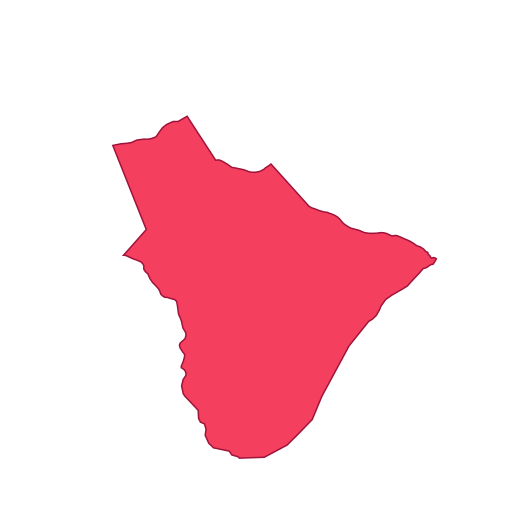 Pierrot, Vieux Fort, Saint Lucia, rotated 325°
{"feature_id": "8701671B71571062507422", "entity_name": "Pierrot", "entity_type": "district", "adm_level": 2, "iso_a3": "LCA", "parent_name": "Saint Lucia", "parent_adm1": "Vieux Fort", "projection": "albers", "projection_center": [-60.942, 13.77], "detail": "fine", "context": "isolated", "style": "filled", "palette": "rose", "viewbox_px": 512, "rotation_deg": 325, "n_neighbors": 0, "source": "geoboundaries", "source_scale": "gbopen_adm2", "svg_char_len": 3613}
<svg xmlns="http://www.w3.org/2000/svg" viewBox="0 0 512 512"><g transform="rotate(325 256 256)"><path d="M202.1,83.3L181.3,171.4L147.9,179.4L148.7,180.0L149.9,181.3L152.4,185.7L154.2,188.6L155.7,190.5L158.5,195.1L158.8,197.9L158.5,199.7L156.6,202.3L156.4,204.2L156.4,205.4L157.2,208.8L156.6,211.1L156.1,214.3L156.1,218.6L156.7,222.0L157.3,226.9L157.0,229.5L156.1,232.8L156.6,235.2L157.5,237.4L159.6,239.1L162.9,243.4L164.3,244.7L164.9,247.8L162.9,252.1L159.8,258.0L158.9,260.3L158.7,262.1L157.6,266.6L154.9,272.9L154.4,278.8L153.0,281.0L150.3,283.1L144.1,283.8L142.1,285.1L141.1,287.9L140.9,292.7L141.1,295.7L139.3,297.9L135.8,300.7L132.8,302.6L131.1,303.9L130.8,304.8L131.9,307.6L132.0,310.0L130.8,313.0L129.3,313.9L125.4,315.4L120.5,319.8L117.4,327.1L117.3,330.0L118.5,337.7L118.5,338.0L119.5,344.5L120.1,349.3L115.8,356.1L115.2,360.2L117.5,363.9L115.8,369.1L111.5,373.8L109.9,382.4L111.2,388.8L122.1,400.4L122.1,405.2L126.1,410.0L126.4,412.0L147.3,425.6L173.1,428.7L188.7,426.0L208.2,422.2L229.7,408.6L280.7,383.0L310.8,374.2L315.1,374.5L320.1,373.8L326.0,371.1L329.7,368.7L337.3,366.0L345.2,366.0L356.2,367.0L362.8,367.4L367.4,366.3L375.4,364.6L380.3,363.6L385.6,362.2L388.9,363.3L394.2,363.3L396.2,364.3L398.9,363.3L402.1,361.8L401.9,361.2L401.6,360.7L401.4,360.0L401.0,359.5L400.3,359.0L399.6,358.8L398.8,358.5L398.4,358.0L398.3,357.4L398.4,357.0L398.5,356.4L398.5,355.4L398.3,354.5L398.2,354.1L398.2,353.2L398.4,352.4L398.7,352.0L398.7,351.4L398.4,350.9L397.8,350.1L397.6,349.5L397.5,348.6L397.5,348.1L397.4,347.2L397.2,346.3L397.0,345.7L396.5,344.5L395.9,343.1L395.6,342.4L394.7,341.3L394.2,340.7L393.8,340.1L393.1,338.5L392.5,336.8L392.0,335.3L391.4,334.0L390.6,332.2L390.0,331.2L389.5,330.3L388.6,328.9L388.0,328.0L387.6,327.3L386.8,326.0L386.1,324.8L385.7,324.1L384.9,322.9L384.1,321.6L383.6,320.8L382.8,319.9L382.0,319.1L381.1,318.7L379.9,318.2L378.7,317.4L378.0,316.1L377.6,315.3L377.0,314.5L376.3,313.1L375.7,312.2L375.3,311.9L374.7,311.1L374.1,310.4L373.5,309.9L372.9,309.4L371.9,308.6L370.8,308.0L369.3,307.2L368.0,306.6L366.9,305.8L365.9,305.2L365.0,304.7L364.0,303.9L362.8,303.1L362.0,302.5L361.0,301.7L360.1,300.8L359.1,299.9L358.4,299.2L357.8,298.4L357.5,297.9L356.8,296.7L356.3,296.1L355.8,295.1L355.4,294.5L354.6,293.4L354.3,293.0L353.5,292.1L352.9,291.4L351.9,290.2L351.3,289.5L350.2,288.2L349.6,287.4L349.1,286.5L348.7,285.8L348.4,284.9L348.0,284.1L347.7,283.4L347.1,281.9L346.9,281.2L346.6,280.5L346.3,279.4L346.2,278.8L346.1,277.5L346.0,276.6L345.9,275.9L345.9,274.6L345.8,274.0L345.6,273.1L345.4,271.8L345.2,271.2L345.0,270.6L344.6,269.6L343.9,268.0L343.6,267.4L343.0,266.4L342.5,265.7L341.9,264.8L341.1,263.7L340.5,262.9L339.8,261.8L339.0,260.6L337.3,259.3L336.6,258.4L335.9,257.6L335.3,256.9L334.6,256.0L333.7,254.8L332.8,253.5L331.7,251.8L330.6,250.2L329.8,249.3L329.2,248.3L328.5,246.9L327.8,245.3L327.4,244.1L327.8,244.5L321.0,189.2L320.1,189.3L318.6,189.4L317.3,189.3L315.5,189.3L314.3,189.2L312.5,189.5L311.1,189.3L309.3,189.2L307.9,188.9L306.8,188.5L305.9,188.1L304.5,187.5L303.8,187.2L302.8,186.5L302.2,186.1L301.3,185.5L300.4,184.7L299.4,183.9L298.3,182.5L297.5,181.3L296.8,180.2L295.9,178.9L295.2,178.1L293.8,176.5L292.4,175.1L290.7,173.2L289.6,172.1L288.2,170.7L287.1,169.6L286.2,167.3L285.9,166.4L285.1,164.1L284.5,163.0L284.1,161.8L282.9,159.5L282.3,158.2L281.7,157.3L281.3,156.7L280.4,155.8L279.7,155.4L278.7,154.8L277.9,154.4L279.7,102.0L269.3,101.1L265.5,98.4L262.9,97.8L258.3,97.0L253.1,97.3L248.1,98.9L242.4,101.0L238.0,99.9L234.5,98.4L231.1,95.9L224.7,92.6L219.3,91.7L215.4,89.9L209.7,86.6L202.1,83.3Z" fill="#f43f5e" stroke="#9f1239" stroke-width="1.5"/></g></svg>